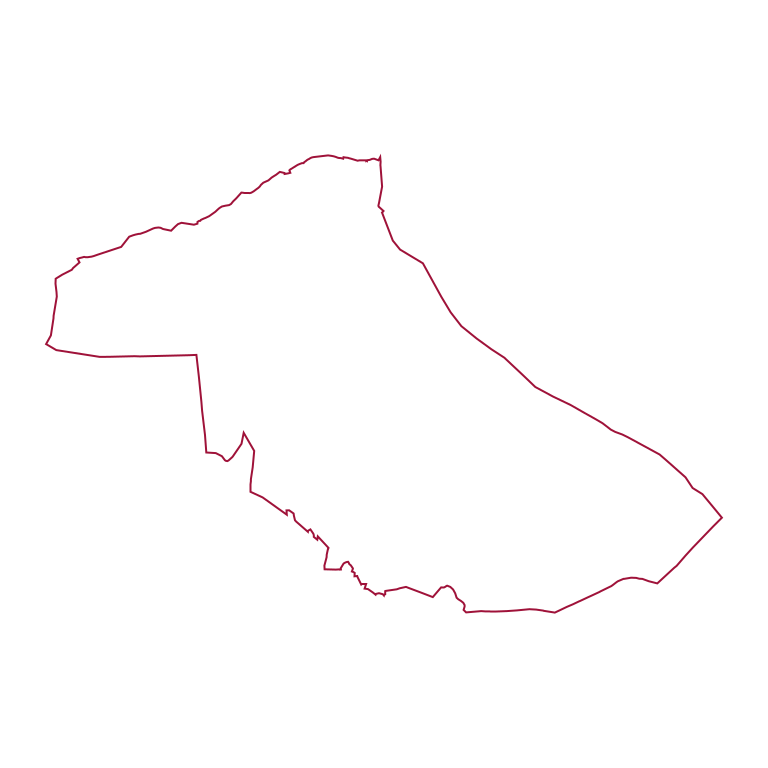 the district of San Miguel Tlacamama, Oaxaca, Mexico
{"feature_id": "50627088B65842169677183", "entity_name": "San Miguel Tlacamama", "entity_type": "district", "adm_level": 2, "iso_a3": "MEX", "parent_name": "Mexico", "parent_adm1": "Oaxaca", "projection": "natural_earth1", "projection_center": [-98.117, 16.445], "detail": "fine", "context": "isolated", "style": "outline", "palette": "rose", "viewbox_px": 768, "rotation_deg": 0, "n_neighbors": 0, "source": "geoboundaries", "source_scale": "gbopen_adm2", "svg_char_len": 4024}
<svg xmlns="http://www.w3.org/2000/svg" viewBox="0 0 768 768"><path d="M79.5,262.4L75.3,266.1L73.1,268.0L71.8,269.8L70.6,270.4L62.2,274.7L55.7,278.7L55.5,283.7L56.5,292.0L56.8,296.6L53.6,315.8L53.5,318.3L50.9,335.4L46.1,344.1L56.3,350.1L99.8,356.9L109.4,356.8L134.6,356.2L139.9,356.4L160.5,355.9L189.3,355.2L196.4,354.9L198.9,377.0L201.4,401.9L202.1,410.7L205.0,435.0L206.3,452.5L215.8,453.1L221.9,456.2L224.9,460.2L225.8,460.8L227.3,461.1L228.5,460.5L232.2,457.2L232.8,456.5L241.5,443.8L243.7,432.8L254.2,450.9L252.7,467.3L250.9,479.2L250.9,481.2L250.5,484.4L250.5,491.8L262.6,497.4L286.8,514.7L286.5,510.4L289.1,510.3L293.6,513.5L293.9,515.7L295.0,520.3L296.2,521.6L307.9,531.8L308.0,530.8L310.4,529.4L313.4,533.8L313.8,535.2L313.8,536.9L317.3,539.7L317.8,536.4L328.5,547.9L328.0,549.3L327.9,549.2L326.7,554.8L326.6,557.2L324.4,565.6L324.6,569.3L335.9,569.6L339.0,569.4L339.5,569.6L340.9,569.5L340.7,568.3L343.5,563.7L343.8,563.4L345.0,562.7L346.4,562.1L348.1,561.8L348.7,562.7L349.0,563.4L349.4,564.2L350.3,564.9L350.8,565.3L352.9,568.4L352.9,568.7L351.9,571.5L353.5,572.1L354.7,572.9L354.5,576.3L357.2,576.0L357.6,577.2L361.2,584.5L361.7,584.0L366.1,584.0L364.6,588.6L368.0,589.1L372.9,592.5L375.6,594.7L375.9,593.9L379.0,593.2L382.8,594.2L383.9,595.5L384.1,594.7L385.2,594.3L385.2,591.1L385.8,590.9L396.8,589.3L399.6,588.3L406.0,586.9L408.8,588.0L420.8,592.5L432.8,597.1L441.1,587.4L443.9,587.5L445.5,586.7L446.5,585.9L447.2,585.7L450.3,586.9L453.1,589.5L455.2,593.3L456.6,597.7L458.2,599.2L460.9,600.9L463.3,602.8L464.6,605.1L464.6,606.6L463.6,609.9L466.1,612.4L480.2,611.2L481.1,611.1L485.4,611.4L489.6,611.4L490.4,611.5L490.7,611.5L496.5,611.5L506.9,611.1L516.9,610.4L529.4,609.2L536.4,609.6L536.9,609.7L543.3,610.6L543.6,610.8L553.7,612.4L554.8,612.6L559.5,610.4L566.8,606.9L572.9,604.3L579.0,601.4L580.0,601.0L587.9,597.3L591.2,595.8L599.8,591.8L600.0,591.6L608.8,587.3L611.3,586.1L613.1,584.8L616.6,582.1L617.8,581.3L623.4,578.9L623.8,578.9L624.0,578.9L631.1,577.7L636.2,577.9L639.2,578.7L642.4,578.9L648.7,581.2L657.3,583.4L674.2,567.8L676.6,565.9L685.6,555.5L693.0,547.4L713.2,526.4L721.9,517.7L713.5,507.5L702.4,494.1L692.6,488.0L685.5,477.3L677.7,470.4L665.5,459.6L659.6,454.5L627.8,437.2L622.3,434.5L615.2,431.9L610.8,429.6L602.5,423.2L595.5,419.1L584.6,413.0L570.6,405.0L552.9,396.5L535.3,387.0L523.3,375.5L505.7,359.0L504.5,357.8L491.3,349.2L476.6,338.5L470.8,333.8L461.4,326.2L450.7,312.4L441.2,296.6L422.9,263.3L400.1,249.6L392.8,240.6L382.0,212.5L382.5,212.2L383.5,211.0L379.0,206.9L378.8,206.8L378.5,206.2L378.4,205.6L379.1,202.5L382.1,186.6L381.6,180.2L380.5,165.8L380.4,165.4L380.6,161.7L380.2,157.1L378.5,160.3L374.4,158.8L374.0,158.7L372.1,158.9L369.7,159.9L367.3,160.2L367.1,160.9L366.8,160.6L366.4,160.6L366.1,160.9L365.9,160.3L359.6,160.3L357.6,160.7L350.7,158.6L349.4,158.3L347.9,157.8L346.0,157.6L344.6,157.4L343.5,157.2L343.2,158.7L340.9,158.1L339.0,158.0L337.7,157.7L335.7,156.9L333.7,156.3L331.6,155.9L328.1,155.4L313.6,157.1L312.1,157.4L311.2,157.7L309.9,158.4L309.0,159.0L307.7,159.6L307.1,160.0L306.6,160.4L305.4,161.4L304.3,162.1L303.6,163.1L302.1,163.1L299.9,163.9L297.6,164.9L290.2,169.5L289.4,170.3L290.1,172.3L290.3,172.8L288.0,173.4L284.6,174.0L284.5,173.0L279.8,171.9L276.2,174.7L273.6,176.3L271.6,177.6L269.8,179.2L268.4,180.4L263.3,182.7L262.0,183.9L260.9,184.9L259.8,186.5L258.3,187.9L256.6,189.1L255.3,190.1L253.7,191.3L251.3,192.7L249.8,193.1L248.4,193.0L244.6,193.0L242.5,192.7L241.4,192.6L236.1,198.5L233.2,201.3L231.0,204.0L229.1,205.1L225.4,205.7L221.9,206.5L219.5,208.0L218.2,209.1L215.3,211.8L209.1,216.2L205.3,218.0L203.9,218.5L200.9,219.9L200.3,220.8L199.1,220.9L197.5,221.9L197.4,223.7L193.9,224.7L181.5,222.8L178.0,224.1L175.3,226.5L171.1,230.7L163.0,229.0L160.6,227.8L158.4,227.5L155.0,227.9L153.1,228.5L145.9,231.8L140.2,233.8L138.6,233.9L135.4,234.6L133.0,235.3L129.2,236.7L121.2,246.9L97.9,254.6L93.6,256.1L91.3,256.7L89.6,256.9L87.8,257.2L85.6,257.2L84.1,256.9L82.0,257.5L79.8,258.0L77.6,258.8L79.5,262.4Z" fill="none" stroke="#9f1239" stroke-width="2"/></svg>